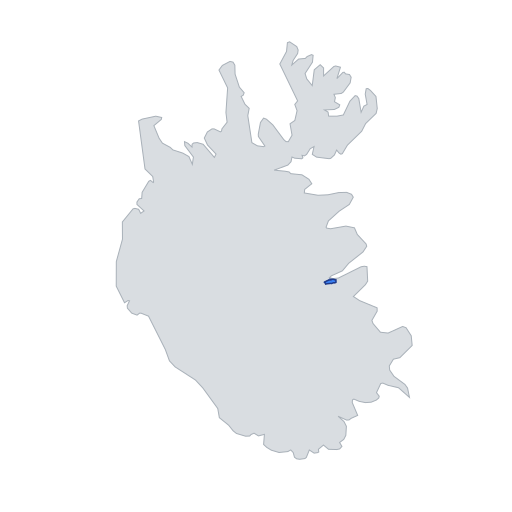 Svalbarðsstrandarhreppur, Norðurland eystra, Iceland shown in context, rotated 82°
{"feature_id": "244011B70204278120324", "entity_name": "Svalbarðsstrandarhreppur", "entity_type": "district", "adm_level": 2, "iso_a3": "ISL", "parent_name": "Iceland", "parent_adm1": "Norðurland eystra", "projection": "orthographic", "projection_center": [-18.034, 65.737], "detail": "fine", "context": "in_parent", "style": "filled", "palette": "blue", "viewbox_px": 512, "rotation_deg": 82, "n_neighbors": 0, "source": "geoboundaries", "source_scale": "gbopen_adm2", "svg_char_len": 4977}
<svg xmlns="http://www.w3.org/2000/svg" viewBox="0 0 512 512"><g transform="rotate(82 256 256)"><path d="M383.4,139.3L387.6,139.5L394.4,136.1L403.9,126.4L407.9,124.3L417.4,123.7L406.3,133.2L402.5,143.1L399.5,148.1L399.6,150.2L408.1,155.7L412.0,153.5L413.7,154.2L415.4,156.9L416.8,162.3L416.4,168.1L414.3,174.0L411.3,179.0L411.9,180.5L414.5,181.1L428.0,177.5L430.0,184.4L431.3,186.7L431.1,189.1L426.1,197.0L432.2,191.9L437.2,190.2L446.1,192.0L449.8,194.6L452.3,199.2L456.5,197.4L458.7,200.0L458.9,203.0L457.5,211.1L452.6,215.5L456.1,221.1L458.8,221.1L459.3,222.4L459.3,225.9L455.5,230.2L462.5,234.2L463.4,235.8L463.4,241.0L462.5,244.0L460.6,245.9L455.8,246.5L452.9,248.6L454.1,251.7L453.8,260.5L450.4,267.9L447.0,272.0L443.7,274.7L433.8,272.5L434.5,278.6L431.2,282.6L432.1,285.8L433.4,287.3L433.0,291.4L429.0,300.1L425.9,303.0L419.8,306.6L411.0,314.8L401.7,315.1L379.3,327.0L370.4,333.2L354.6,351.5L347.8,356.3L336.0,358.8L300.6,370.8L296.6,377.8L296.4,379.3L298.0,382.0L295.3,387.0L289.8,390.6L287.3,390.5L282.8,387.5L282.3,389.0L284.0,392.7L266.4,398.6L242.1,395.1L220.8,385.9L203.7,383.6L192.2,371.2L192.0,369.3L193.4,365.7L197.7,364.3L195.8,360.6L188.4,366.7L186.0,366.4L183.1,363.7L183.1,361.2L177.1,359.9L167.1,351.8L166.4,350.0L169.0,347.6L168.6,347.1L162.9,347.2L154.4,353.8L105.9,353.5L104.6,349.7L103.6,335.8L105.7,330.1L107.6,330.8L112.7,339.0L125.8,335.6L131.2,333.0L136.5,325.8L139.4,323.5L143.9,314.2L148.2,308.6L156.4,306.3L149.3,304.2L136.8,311.1L132.8,310.9L134.9,307.7L139.2,304.2L136.4,303.7L135.4,302.0L135.5,298.4L138.0,292.8L152.6,283.5L149.5,281.4L139.3,288.6L132.0,290.8L126.4,286.9L124.0,281.9L124.3,279.8L128.1,274.0L127.6,272.8L125.3,272.0L119.5,266.0L109.7,265.8L85.6,260.7L66.7,266.8L62.6,262.8L59.7,254.7L60.8,251.8L64.1,250.4L73.0,251.4L86.4,249.0L92.7,245.0L95.0,246.3L95.9,248.5L104.2,245.8L108.8,242.2L115.9,244.6L143.2,244.3L147.1,239.3L148.8,233.2L148.3,231.9L138.0,237.0L135.7,236.8L124.4,233.0L120.5,229.3L122.0,226.6L128.5,221.1L144.6,212.3L146.9,210.4L147.3,208.1L141.4,203.5L129.8,203.9L127.2,198.7L117.8,195.1L111.3,196.5L108.2,193.2L69.2,205.7L57.7,197.3L49.1,195.2L48.6,192.9L54.3,186.5L57.9,185.6L61.3,186.6L67.5,192.0L71.9,194.0L66.9,186.4L67.2,179.6L65.6,177.6L64.3,173.0L65.2,171.5L71.9,173.1L82.1,182.0L87.7,181.1L95.1,176.6L79.7,172.4L75.5,165.8L79.2,162.9L87.1,164.0L79.2,152.6L78.9,150.7L80.8,146.1L91.6,151.2L86.3,144.4L86.3,143.0L88.1,142.0L89.3,138.2L92.2,136.9L97.7,138.7L105.8,146.7L106.9,148.9L106.7,156.3L110.2,155.4L114.2,156.8L118.0,152.0L120.3,153.3L121.8,158.0L120.9,167.9L123.5,164.6L127.6,164.6L128.8,156.5L128.5,149.9L115.7,141.4L111.0,135.5L111.7,133.7L114.4,132.3L128.3,131.9L122.6,128.3L121.4,124.9L110.9,125.3L105.7,123.6L105.7,121.9L108.0,119.6L114.7,115.0L126.8,115.4L131.5,117.2L140.1,129.0L147.2,134.0L158.9,150.0L166.7,156.3L167.0,157.8L165.5,159.5L162.3,161.4L166.9,164.3L169.7,168.4L169.8,170.1L166.5,182.3L163.2,186.1L155.7,183.3L157.3,187.4L162.5,191.8L163.6,194.2L162.7,196.4L165.3,195.9L166.1,197.2L164.5,204.1L163.0,206.6L167.5,208.2L170.4,211.8L173.5,226.1L176.1,215.4L177.4,211.5L179.3,210.1L182.0,199.2L187.4,192.9L192.2,190.7L196.8,198.5L200.3,199.4L204.5,186.1L205.4,176.2L204.7,165.2L205.6,157.4L208.2,152.8L211.3,151.5L217.9,156.4L223.2,167.4L231.3,179.4L237.2,182.6L238.2,182.2L239.4,178.4L238.9,162.8L241.8,154.6L248.8,152.7L259.4,145.3L261.8,145.0L266.9,149.5L276.1,165.2L282.7,172.5L286.1,184.1L287.7,186.3L289.1,182.7L289.3,177.5L281.3,153.5L281.2,150.2L282.0,147.6L296.4,148.9L299.6,151.6L309.7,165.2L314.6,159.6L324.2,143.3L327.5,143.7L335.9,150.2L339.2,149.5L348.8,143.4L350.7,135.9L346.2,120.6L347.9,117.4L356.6,113.4L366.3,113.8L376.7,127.7L377.3,134.3L383.4,139.3Z" fill="#d9dde1" stroke="#a8b0b8" stroke-width="1"/><path d="M293.5,190.9L293.4,189.3L293.5,186.3L293.5,185.6L293.8,185.0L293.8,184.9L293.6,184.3L293.3,183.2L293.3,182.9L293.3,182.7L293.4,182.4L293.4,182.2L293.4,182.3L293.4,182.2L293.5,182.2L293.5,181.9L293.4,181.9L293.5,181.9L293.5,181.7L293.5,181.4L293.4,181.3L293.4,181.2L293.3,180.9L293.3,180.7L293.2,180.6L293.1,180.4L290.8,180.2L290.8,180.3L290.7,180.4L290.7,180.5L290.8,180.5L290.7,180.8L290.7,181.0L290.4,181.2L290.4,181.3L290.3,181.5L290.2,181.8L290.2,182.0L289.9,182.2L289.9,182.3L289.9,182.5L289.8,182.8L289.8,183.0L289.8,183.3L289.7,183.4L289.7,183.6L289.6,183.8L289.7,184.0L289.6,184.3L289.6,184.5L289.5,184.8L289.6,185.0L289.6,185.3L289.6,185.5L289.8,185.5L289.7,185.6L289.8,185.6L289.9,185.8L289.9,186.1L289.9,186.3L289.9,186.5L289.9,186.8L290.0,187.0L289.9,187.2L290.0,187.3L289.9,187.4L290.0,187.5L290.1,187.8L290.1,188.0L290.2,188.3L290.3,188.4L290.3,188.5L290.4,188.8L290.4,189.0L290.5,189.0L290.6,189.3L290.6,189.5L290.7,189.8L290.8,190.0L290.8,190.3L290.9,190.5L291.0,190.6L291.0,190.8L291.0,191.0L291.1,191.3L291.2,191.5L291.3,191.7L291.3,191.8L291.5,191.9L291.6,191.7L291.8,191.7L292.0,191.6L292.0,191.4L292.3,191.3L292.6,191.2L292.8,191.1L293.0,191.0L293.0,190.9L293.5,190.9Z" fill="#3b82f6" stroke="#1e3a8a" stroke-width="1.5"/></g></svg>